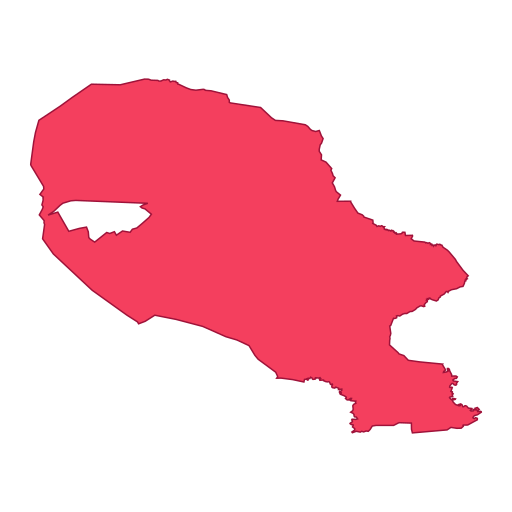 Durbes pag., Durbes, Latvia
{"feature_id": "27541924B87236777482694", "entity_name": "Durbes pag.", "entity_type": "district", "adm_level": 2, "iso_a3": "LVA", "parent_name": "Latvia", "parent_adm1": "Durbes", "projection": "equal_earth", "projection_center": [21.473, 56.574], "detail": "fine", "context": "isolated", "style": "filled", "palette": "rose", "viewbox_px": 512, "rotation_deg": 0, "n_neighbors": 0, "source": "geoboundaries", "source_scale": "gbopen_adm2", "svg_char_len": 6050}
<svg xmlns="http://www.w3.org/2000/svg" viewBox="0 0 512 512"><path d="M456.5,261.5L455.4,259.4L449.2,252.0L447.4,250.2L443.1,247.3L441.8,245.1L441.1,245.2L440.4,244.5L439.5,244.3L439.1,244.7L436.8,244.1L435.9,244.9L436.1,245.6L435.5,245.7L434.9,245.0L434.4,245.5L433.5,245.2L433.3,245.9L432.9,245.2L432.0,245.4L432.0,244.4L430.5,244.5L430.8,243.6L429.3,242.7L427.9,243.3L426.7,242.6L425.7,242.9L424.9,242.1L414.1,241.0L411.2,238.8L412.6,236.0L412.4,235.3L405.5,235.5L404.9,232.3L402.8,232.2L402.3,232.4L402.0,233.3L400.9,233.8L396.6,234.2L396.8,233.6L396.2,232.8L395.4,233.3L394.8,233.0L394.8,232.4L393.6,232.1L393.4,231.4L393.7,231.2L392.8,230.5L391.7,230.7L391.3,230.3L390.8,231.0L389.0,230.1L388.6,230.6L388.2,230.5L387.4,229.6L386.7,229.9L386.2,229.3L385.3,229.7L384.4,229.1L384.6,228.8L383.8,227.6L384.5,226.7L382.7,226.6L382.2,225.9L381.4,225.7L380.2,226.4L378.8,225.8L377.0,226.5L376.3,225.3L372.8,223.4L373.1,223.0L372.8,220.1L364.0,217.1L363.7,216.2L362.2,214.8L357.9,213.1L354.5,208.2L350.7,202.0L350.7,201.2L337.3,201.3L337.9,199.5L340.5,195.1L336.3,191.7L335.6,190.4L334.5,186.8L332.3,182.9L335.1,177.8L333.1,175.8L332.5,173.6L330.9,170.2L331.7,168.6L326.0,162.1L321.2,159.9L321.5,154.8L319.3,151.4L319.2,149.5L320.2,144.8L321.5,143.2L323.1,138.6L321.4,135.9L319.3,130.5L315.7,131.5L311.9,130.5L310.3,129.3L307.8,126.4L305.4,124.8L282.9,120.8L275.4,120.4L271.4,117.7L260.6,107.5L230.3,102.9L229.3,102.3L229.3,100.1L227.6,97.5L226.7,94.6L211.1,90.8L205.2,90.3L204.7,89.6L203.2,89.3L195.9,90.2L190.7,89.5L186.2,87.8L178.8,84.3L177.9,84.2L177.7,82.8L176.2,82.5L175.8,81.3L173.7,81.4L173.0,81.0L170.3,81.9L169.4,80.7L169.5,80.1L167.4,79.3L165.9,80.0L163.6,79.8L161.0,81.0L159.0,81.1L157.8,80.4L151.2,80.2L148.6,79.2L144.5,79.1L120.2,84.8L91.4,84.2L72.4,97.3L60.3,106.1L38.9,120.3L35.5,132.4L33.7,141.9L30.7,164.3L31.0,165.5L43.6,186.4L43.8,189.0L39.9,194.4L43.3,197.1L42.9,198.0L43.2,198.7L43.0,200.8L41.9,204.9L43.2,206.8L42.3,209.3L39.3,214.9L44.2,220.7L44.0,222.8L44.6,224.5L42.6,238.8L53.4,254.0L92.1,290.2L127.0,315.2L137.5,321.9L138.6,323.8L145.2,321.3L154.8,315.2L176.1,319.4L202.7,326.4L225.9,336.7L236.7,339.9L249.0,345.6L254.9,355.3L258.1,359.2L275.7,372.2L277.6,376.3L277.6,376.8L276.7,378.2L281.0,378.1L292.7,379.6L303.9,382.0L304.5,379.4L306.5,379.2L307.5,380.1L308.1,380.0L308.2,379.5L307.2,378.6L308.2,378.2L309.8,378.6L310.6,377.2L312.0,378.0L312.4,379.0L313.0,379.4L315.2,379.1L315.7,378.6L315.3,378.0L315.6,377.7L318.9,378.1L320.0,377.6L320.7,378.5L319.5,379.3L319.9,380.3L323.4,380.0L323.7,380.2L323.6,380.7L325.7,381.6L327.4,381.9L328.9,381.7L329.5,382.0L330.5,384.4L332.3,384.1L332.5,384.7L331.9,385.5L331.8,386.5L332.0,387.3L332.6,387.7L334.8,388.1L335.6,387.2L336.0,387.2L338.7,388.3L338.5,389.5L341.8,389.1L341.8,390.3L340.7,391.3L339.6,391.2L339.4,392.2L339.7,392.5L341.3,392.8L341.2,393.3L340.1,393.2L339.9,393.7L340.5,394.3L344.3,395.8L346.3,397.1L346.2,397.7L345.5,398.5L347.1,399.9L349.3,399.9L349.0,399.4L350.8,398.3L351.5,398.4L350.5,400.5L350.8,400.7L355.8,401.2L355.4,402.1L355.9,403.2L353.6,404.4L352.8,405.8L353.2,409.2L352.7,410.7L350.7,412.2L353.2,413.4L354.2,414.9L354.0,415.8L354.5,416.8L356.4,417.1L357.6,418.9L355.8,419.4L352.1,419.2L351.7,419.9L352.3,420.7L352.4,421.7L350.1,423.3L350.0,423.6L351.3,424.6L353.1,424.8L353.2,425.4L352.5,426.9L354.7,428.6L354.7,430.0L351.9,432.0L352.4,432.7L356.3,431.3L360.3,432.1L361.7,431.3L363.7,431.9L366.1,431.0L368.3,431.3L370.1,429.5L372.3,426.0L376.0,425.4L393.6,425.4L398.7,422.8L399.6,422.7L411.4,423.1L411.5,429.2L412.4,432.9L447.1,429.9L450.9,427.4L456.9,428.3L461.2,428.2L463.3,426.3L463.0,425.7L463.2,425.1L467.7,425.0L477.3,419.8L477.4,418.6L477.0,418.1L475.5,417.7L474.3,418.6L473.2,418.1L472.9,417.4L474.4,415.6L477.4,414.8L481.3,412.2L481.2,411.6L480.5,411.3L477.6,411.6L477.6,410.7L479.2,409.4L477.3,407.5L475.0,408.3L476.5,410.0L473.2,409.5L473.5,410.6L473.2,410.9L471.0,411.0L470.3,410.3L472.0,408.9L471.9,408.5L468.4,408.1L466.7,406.2L465.6,405.7L464.8,405.8L463.7,406.7L462.8,406.7L462.0,404.7L460.7,403.9L459.1,404.4L460.2,405.1L460.3,405.5L460.1,405.7L458.9,405.8L455.5,404.5L453.2,402.1L452.4,400.5L453.0,399.9L455.2,399.4L455.5,398.9L452.9,398.3L451.9,399.5L451.4,399.6L449.7,398.0L449.5,397.5L449.8,397.1L452.7,396.4L452.3,395.2L453.0,394.0L452.4,393.9L452.7,393.3L452.1,392.9L452.3,391.8L450.9,391.4L452.3,387.6L451.9,387.2L450.0,387.5L449.6,387.2L449.8,386.0L451.8,383.5L452.8,383.4L454.2,384.9L455.8,385.2L456.6,384.5L456.5,383.3L457.7,381.6L453.6,381.0L453.0,380.6L452.9,379.9L454.9,378.5L456.4,378.4L457.3,376.9L456.0,376.0L451.7,376.1L451.6,374.5L449.8,371.1L449.3,369.2L448.2,368.4L447.4,368.5L447.4,370.0L448.5,370.4L448.3,371.0L446.3,372.0L443.4,372.5L443.7,371.4L445.2,370.4L445.2,369.3L442.3,364.5L442.6,364.1L419.8,361.9L408.3,360.3L403.9,355.6L399.0,353.9L398.1,352.7L389.5,344.9L389.7,340.0L390.0,338.8L389.7,336.6L390.3,335.6L390.8,333.4L389.7,326.0L390.7,325.5L393.5,318.3L394.7,318.5L396.6,317.8L396.8,316.9L396.5,315.9L397.9,315.6L399.8,316.0L402.5,314.2L404.7,313.5L406.8,313.5L409.9,311.6L412.2,311.4L415.5,309.4L416.8,307.9L420.0,306.0L421.3,305.8L423.6,306.6L424.6,306.3L424.8,306.1L424.2,305.6L424.2,304.8L426.1,302.4L427.3,301.7L427.3,300.6L426.5,300.2L427.0,299.8L426.8,299.4L428.0,299.4L427.6,298.6L428.8,298.6L428.9,298.2L429.4,298.1L429.5,298.7L430.3,298.4L430.5,298.9L432.2,299.7L436.4,301.0L438.1,299.9L438.9,297.9L440.3,297.0L440.4,296.1L444.2,294.0L446.3,291.5L447.4,291.6L448.0,292.4L448.6,291.2L451.5,289.7L456.6,288.7L460.1,286.9L463.0,286.4L464.4,283.4L464.8,281.3L465.8,280.8L465.3,280.0L466.5,279.4L466.2,278.8L467.1,278.6L466.7,278.2L467.0,276.9L468.2,275.8L463.1,270.4L456.5,261.5ZM57.8,212.1L48.1,215.1L53.9,211.2L60.1,205.3L62.9,203.2L70.8,200.8L75.8,200.4L147.8,203.3L143.0,205.0L140.4,206.7L142.0,208.0L145.0,208.9L151.4,214.2L149.0,217.5L141.7,223.9L136.8,228.0L132.4,229.2L130.1,232.3L122.5,231.0L116.4,235.2L114.4,231.7L109.7,233.5L106.7,232.5L94.7,242.1L90.3,239.2L88.8,237.6L88.3,231.8L86.5,227.1L79.3,228.4L68.8,231.3L57.8,212.1Z" fill="#f43f5e" stroke="#9f1239" stroke-width="1.5"/></svg>